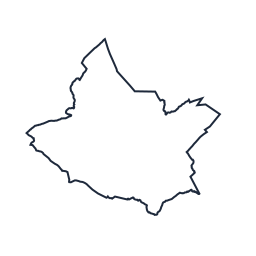 outline of Zinacantán, Chiapas, Mexico, rotated 203°
{"feature_id": "50627088B49923659697837", "entity_name": "Zinacantán", "entity_type": "district", "adm_level": 2, "iso_a3": "MEX", "parent_name": "Mexico", "parent_adm1": "Chiapas", "projection": "robinson", "projection_center": [-92.788, 16.712], "detail": "fine", "context": "isolated", "style": "outline", "palette": "slate", "viewbox_px": 256, "rotation_deg": 203, "n_neighbors": 0, "source": "geoboundaries", "source_scale": "gbopen_adm2", "svg_char_len": 5584}
<svg xmlns="http://www.w3.org/2000/svg" viewBox="0 0 256 256"><g transform="rotate(203 128 128)"><path d="M71.4,184.3L78.3,178.4L81.0,175.7L82.6,177.5L83.0,177.8L83.1,177.0L83.6,176.2L83.8,175.9L84.2,175.3L84.7,175.0L84.8,174.9L85.5,173.8L85.7,172.9L86.1,172.2L86.4,171.9L87.2,171.2L87.3,170.9L87.6,170.0L87.6,169.7L88.2,168.6L88.5,168.3L88.7,168.2L88.8,168.1L89.2,167.8L89.5,167.3L89.5,166.3L89.6,165.9L89.7,165.3L89.8,165.0L90.4,164.3L90.5,163.5L90.8,163.0L91.0,162.8L91.2,162.4L91.4,161.8L91.6,161.7L91.8,161.6L92.3,161.3L92.5,161.0L93.3,160.5L94.4,160.2L94.6,159.8L94.9,158.9L95.3,158.6L95.7,158.3L96.2,158.3L97.0,158.1L97.5,157.7L97.7,157.0L98.1,156.2L98.0,155.6L98.1,155.4L98.3,155.2L98.5,155.2L98.8,155.3L99.3,156.3L99.6,157.2L100.0,157.6L100.5,157.6L100.7,157.9L101.0,158.0L101.4,157.8L101.9,158.0L102.4,158.5L102.6,159.0L102.8,160.7L103.0,161.6L103.3,162.5L103.2,163.4L103.4,164.1L103.7,164.5L104.1,165.0L104.2,165.5L104.5,165.7L104.8,166.0L104.9,166.3L104.9,166.9L105.0,167.1L105.4,167.2L105.6,167.3L106.4,167.3L107.0,167.5L107.4,167.4L108.9,165.9L112.3,168.1L115.1,170.5L117.2,172.1L136.2,164.4L136.4,164.6L142.8,167.8L158.9,175.3L160.3,176.0L161.5,177.7L166.0,182.0L173.6,189.1L177.4,193.1L182.5,199.1L184.0,200.8L184.8,199.4L185.5,197.0L186.4,195.4L186.9,193.9L189.0,189.7L189.9,188.4L192.2,183.0L195.5,175.2L195.9,169.8L189.2,166.3L189.3,165.8L189.2,165.2L189.3,164.2L189.4,163.6L189.7,162.6L189.9,162.4L190.1,161.7L190.5,160.9L190.5,160.2L190.4,159.4L190.4,158.5L190.8,156.4L191.1,154.0L191.2,153.3L191.4,153.3L192.6,154.2L193.0,154.2L193.3,154.2L193.6,154.0L193.8,153.9L194.3,153.6L194.7,153.3L194.9,152.8L195.1,152.2L195.2,151.4L195.3,151.0L195.4,150.7L195.7,150.5L195.7,150.2L196.4,148.9L196.7,148.2L196.7,147.3L196.4,146.9L196.5,145.6L196.8,144.9L196.8,143.3L196.6,142.5L196.4,142.0L195.9,141.5L195.6,140.6L195.1,140.3L194.9,139.8L194.2,139.4L193.9,139.3L193.3,139.0L192.8,138.4L192.6,137.9L191.1,137.1L190.9,136.9L190.6,136.2L190.4,135.4L190.1,134.7L189.5,134.1L189.2,133.9L188.3,133.4L187.8,132.7L187.6,131.9L187.5,131.4L187.5,131.1L187.6,130.5L187.6,129.8L187.3,129.2L186.6,128.7L186.8,127.9L186.7,127.4L186.5,127.0L186.3,126.7L185.9,126.5L185.7,126.3L185.6,125.8L185.5,125.4L185.6,125.1L185.7,124.8L185.9,124.7L187.0,124.8L187.7,124.4L188.2,123.8L188.4,123.7L189.0,123.5L189.3,123.5L189.9,123.2L190.3,122.7L190.5,122.2L191.0,121.1L191.3,120.6L191.5,120.0L191.4,118.5L191.2,118.1L190.8,117.6L189.1,117.3L187.4,117.4L187.1,117.6L186.9,117.5L186.2,117.7L185.6,117.7L185.3,117.6L185.2,117.3L185.2,117.0L185.4,116.6L185.7,116.3L186.5,115.9L186.6,115.6L187.3,115.0L187.7,114.2L188.5,113.4L188.7,113.2L189.0,112.7L189.4,112.4L190.5,112.0L191.2,111.7L191.5,111.4L192.0,111.2L192.7,111.0L193.0,110.8L193.5,109.8L193.9,109.4L195.2,108.4L195.9,107.5L196.7,106.9L197.7,106.4L198.0,106.3L198.5,105.8L199.2,105.5L201.5,104.7L203.6,103.4L203.9,102.9L204.4,102.5L204.7,102.1L207.9,98.8L208.6,98.4L210.3,96.7L211.5,96.0L211.7,95.6L212.5,95.2L212.9,94.9L213.5,94.3L214.4,93.8L215.6,91.4L216.7,89.7L216.9,88.8L217.2,88.5L217.6,87.9L217.8,87.1L219.3,84.0L219.4,83.7L219.1,83.6L217.7,83.1L216.7,82.6L213.6,82.4L211.9,81.7L210.7,81.7L210.4,80.7L209.7,80.1L209.5,79.0L210.1,78.0L210.6,77.5L211.2,76.2L211.2,74.4L209.2,75.0L206.0,73.3L205.2,73.0L203.7,71.5L202.5,71.6L201.9,71.9L200.6,71.9L199.0,72.3L197.7,72.2L196.3,71.7L195.5,71.0L189.4,69.3L186.3,67.5L181.4,66.5L178.8,66.3L176.9,65.7L173.5,63.8L172.8,63.7L172.1,62.9L171.6,62.9L171.0,63.2L168.3,63.9L166.5,63.8L163.2,59.3L161.8,57.4L161.3,55.6L161.0,55.2L159.4,55.7L156.5,59.0L155.2,59.5L152.6,59.9L151.2,59.9L150.0,60.2L148.7,60.6L147.1,60.6L145.9,60.5L144.2,60.2L141.7,59.2L136.6,57.4L130.0,56.0L120.6,55.4L120.0,56.2L119.8,57.1L118.8,56.5L117.4,56.3L115.6,57.1L115.0,56.8L113.2,59.8L100.8,61.9L100.7,62.6L100.3,63.0L99.8,62.9L99.2,62.6L98.8,62.9L98.4,63.5L97.9,64.2L97.4,64.7L96.3,66.0L95.6,66.0L95.2,65.4L94.2,65.0L93.6,65.0L92.2,65.2L91.4,65.6L90.8,65.4L90.5,65.1L90.0,65.2L89.5,66.3L89.0,66.3L88.4,66.3L87.9,65.8L87.3,65.2L86.4,64.9L85.1,64.9L83.8,64.8L83.0,64.5L82.4,64.4L81.4,64.4L80.4,64.2L80.3,63.9L80.2,62.6L79.3,61.2L78.7,60.2L77.6,59.1L76.6,58.6L76.1,58.3L75.2,58.6L75.1,58.8L74.0,58.3L73.3,58.5L71.2,58.7L70.5,58.9L70.0,58.7L69.6,58.4L69.3,58.5L68.7,59.0L67.9,59.3L67.6,59.6L67.4,60.3L67.7,61.2L67.7,61.8L67.5,62.2L67.3,62.8L66.8,63.3L66.4,64.2L66.3,66.6L66.5,68.1L66.4,70.5L66.6,71.7L66.6,72.7L66.4,73.4L65.1,74.6L64.9,75.7L64.6,76.0L63.7,76.3L62.4,77.6L60.0,79.7L58.8,82.0L58.5,82.6L58.2,83.1L57.6,83.9L57.4,84.4L56.4,86.5L55.9,87.1L55.2,88.4L55.0,88.7L53.9,88.8L52.6,89.1L52.3,89.2L52.2,89.4L52.1,89.5L51.6,89.6L51.2,89.8L50.7,90.7L50.3,91.0L49.4,91.4L48.9,91.9L48.8,92.6L48.7,92.7L48.1,92.6L47.9,92.6L47.5,93.0L47.4,93.5L47.1,93.7L46.4,94.8L46.1,95.4L45.6,95.9L45.3,95.9L45.1,95.7L44.7,95.2L44.2,94.9L43.7,94.8L43.4,94.9L43.1,95.2L42.7,95.6L42.1,95.8L41.9,95.7L41.7,95.2L40.4,95.7L40.1,95.5L40.0,95.3L39.8,95.2L38.2,95.2L37.9,94.9L37.4,94.8L37.0,94.9L36.8,95.0L36.7,95.1L36.6,95.4L51.5,107.6L49.1,112.9L49.2,113.2L49.6,113.6L50.0,113.6L50.2,114.0L50.3,114.3L51.9,114.7L52.3,115.0L52.6,115.5L53.0,115.9L53.5,116.0L53.8,116.3L54.0,116.6L54.1,117.2L54.7,117.8L54.9,118.3L54.2,121.1L54.3,122.0L54.6,122.8L55.0,123.5L55.9,124.1L56.4,123.8L58.9,125.1L60.9,126.4L61.9,127.2L63.1,128.1L63.4,128.1L64.6,128.8L63.7,130.8L63.4,132.1L63.2,132.4L62.4,134.8L61.8,136.3L61.1,138.9L60.7,140.1L60.3,141.0L60.0,141.9L59.1,144.6L58.5,146.6L57.8,148.4L55.9,151.9L53.8,155.1L54.2,155.3L55.3,155.8L56.5,156.4L54.2,159.9L53.2,161.4L48.8,176.6L65.8,180.0L73.1,176.0L71.4,184.3Z" fill="none" stroke="#1e293b" stroke-width="2"/></g></svg>